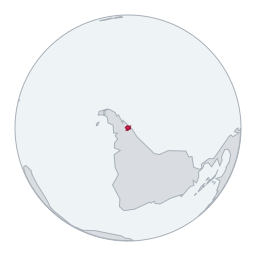 La Araucanía on an orthographic globe, rotated 128°
{"feature_id": "CHL-2700", "entity_name": "La Araucanía", "entity_type": "Region", "adm_level": 1, "iso_a3": "CHL", "parent_name": "Chile", "parent_adm1": "", "projection": "orthographic", "projection_center": [-72.302, -38.69], "detail": "medium", "context": "on_globe", "style": "filled", "palette": "rose", "viewbox_px": 256, "rotation_deg": 128, "n_neighbors": 0, "source": "natural_earth", "source_scale": "10m", "svg_char_len": 3909}
<svg xmlns="http://www.w3.org/2000/svg" viewBox="0 0 256 256"><g transform="rotate(128 128 128)"><circle cx="128" cy="128" r="113" fill="#eef3f6" stroke="#a8b0b8"/><path d="M144.1,16.5L143.3,16.4L135.4,15.6L129.6,15.7L137.3,15.8L138.6,16.3L140.5,16.5L142.7,16.7L143.7,16.7L145.0,17.0L137.9,16.8L136.6,16.5L138.9,16.4L135.2,16.2L130.4,16.5L131.4,17.0L123.1,17.8L123.8,18.3L122.3,18.9L121.8,18.0L122.5,19.7L112.9,22.8L113.7,27.5L108.7,24.3L104.3,24.6L99.1,25.7L99.1,26.4L92.1,27.5L85.6,30.9L83.1,35.7L85.3,38.6L93.1,36.6L95.5,34.0L101.3,32.4L97.0,39.0L107.1,38.2L106.0,43.4L108.9,45.7L113.9,44.5L119.2,45.4L123.0,42.1L129.1,40.3L129.2,44.6L132.5,40.7L135.9,42.9L148.0,43.6L147.1,44.5L157.3,51.3L168.2,56.0L170.8,60.2L169.5,62.2L173.2,63.9L173.3,65.4L188.2,73.0L195.6,80.4L195.2,86.3L188.8,90.8L182.4,105.1L170.6,106.9L167.3,113.5L157.5,122.6L150.4,120.3L152.1,126.5L147.9,129.5L143.2,129.1L142.1,133.3L138.6,133.1L140.8,136.2L134.9,141.6L136.3,146.8L131.9,151.6L133.0,154.7L131.4,154.5L129.7,155.7L129.5,157.4L124.8,154.5L123.7,147.6L125.6,144.2L123.5,143.7L127.4,135.3L125.1,136.9L126.0,125.0L129.4,115.7L132.0,91.5L129.6,87.0L121.0,82.3L110.6,68.2L113.4,62.3L111.1,60.0L118.5,52.1L116.6,46.0L113.9,45.3L111.3,47.9L102.4,45.4L99.3,41.6L72.6,43.2L70.0,42.6L70.3,40.0L63.4,37.5L65.5,41.8L62.4,42.1L60.3,41.3L62.0,39.9L61.2,38.3L58.8,39.5L59.6,38.5L66.3,33.8L73.2,29.6L80.5,25.9L88.0,22.7L95.7,20.1L103.6,18.0L111.6,16.6L119.7,15.7L127.8,15.4L136.0,15.6L144.1,16.5ZM113.0,29.4L124.5,31.5L117.9,32.2L119.2,31.6L116.3,30.6L110.9,30.1L105.1,31.5L113.0,29.4ZM118.3,26.0L116.3,25.9L118.3,25.8L118.3,26.0ZM132.6,160.9L125.2,155.6L129.4,157.9L132.4,155.2L136.2,159.4L132.6,160.9ZM141.4,154.5L144.8,153.5L145.6,154.5L143.4,155.4L141.4,154.5ZM229.0,177.9L225.9,183.5L226.1,182.5L223.9,185.5L222.2,186.4L220.5,185.3L221.2,178.0L223.9,174.7L228.2,165.3L235.3,146.1L237.9,141.5L239.0,135.7L239.3,118.8L239.4,113.6L238.8,109.5L238.0,107.1L236.9,102.2L236.2,100.3L229.2,90.9L225.4,83.2L216.9,66.3L216.9,63.4L214.0,58.1L213.5,54.6L218.6,61.1L223.2,67.8L227.4,75.0L231.0,82.3L234.0,90.0L236.5,97.8L238.4,105.8L239.8,113.9L240.5,122.1L240.6,130.3L240.1,138.5L239.1,146.7L237.4,154.7L235.2,162.6L232.4,170.4L229.0,177.9ZM216.4,58.2L217.4,59.5L216.4,58.2ZM148.4,43.6L149.9,44.6L147.9,44.4L148.4,43.6ZM117.0,33.7L119.4,33.6L120.7,34.1L118.8,34.4L117.0,33.7ZM137.7,33.6L140.5,34.1L137.6,34.2L137.7,33.6ZM126.4,31.9L135.4,33.4L129.7,34.3L124.0,33.5L127.9,33.1L126.4,31.9ZM117.1,27.8L118.6,27.9L118.2,28.5L117.1,27.8ZM119.7,25.9L119.1,26.0L118.4,25.6L119.7,25.9ZM139.0,16.3L139.6,16.3L141.9,16.5L140.8,16.5L139.0,16.3ZM147.5,17.1L147.4,17.1L151.7,17.9L153.5,18.4L151.5,17.9L150.4,17.8L144.8,16.7L146.7,16.9L147.5,17.1ZM138.2,15.8L141.4,16.2L137.8,15.8L138.2,15.8ZM174.6,230.3L172.3,231.2L173.7,230.5L174.6,230.3ZM51.3,208.6L50.9,207.5L54.2,210.1L58.2,213.5L61.2,216.6L51.3,208.6ZM48.5,205.9L45.6,203.2L43.6,202.0L45.0,202.5L43.8,200.1L50.3,206.6L48.5,205.9Z" fill="#d9dde1" stroke="#a8b0b8" stroke-width="1"/><path d="M130.0,126.9L130.0,127.0L130.0,127.5L130.3,127.8L130.2,127.8L130.2,128.0L129.9,128.1L129.6,128.2L129.6,128.3L129.4,128.4L129.4,128.5L129.4,128.8L129.4,129.1L129.3,129.3L129.3,129.5L129.2,129.7L129.2,129.8L129.0,129.7L128.9,129.6L128.6,130.0L128.4,130.1L128.2,130.1L127.9,130.0L127.8,129.9L127.7,129.9L127.3,129.8L127.0,129.8L127.0,129.7L127.0,129.4L126.9,129.3L126.7,129.4L126.6,129.1L126.5,128.8L126.4,128.4L126.3,128.0L126.2,128.2L126.2,127.9L126.1,127.7L126.4,127.5L126.5,127.6L126.5,127.4L126.6,127.2L126.8,126.9L126.7,126.8L126.7,126.7L126.7,126.4L126.8,126.3L126.8,126.2L126.7,126.1L126.8,126.0L127.0,126.0L127.1,125.9L127.4,125.9L127.7,126.0L127.9,126.4L128.1,126.5L128.3,126.6L128.5,126.7L128.8,126.7L128.9,126.8L128.9,127.1L129.0,127.1L129.3,127.0L129.4,126.8L129.5,126.8L129.8,126.8L130.0,126.9ZM125.6,127.4L125.6,127.5L125.5,127.4L125.6,127.4Z" fill="#f43f5e" stroke="#9f1239" stroke-width="1.5"/></g></svg>